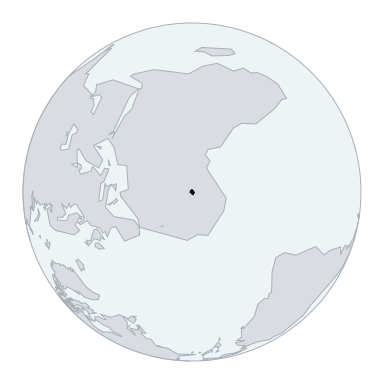 the Earth from above Soum, rotated 246°
{"feature_id": "BFA-2806", "entity_name": "Soum", "entity_type": "Province", "adm_level": 1, "iso_a3": "BFA", "parent_name": "Burkina Faso", "parent_adm1": "", "projection": "orthographic", "projection_center": [-1.266, 14.274], "detail": "fine", "context": "on_globe", "style": "filled", "palette": "ink", "viewbox_px": 384, "rotation_deg": 246, "n_neighbors": 0, "source": "natural_earth", "source_scale": "10m", "svg_char_len": 9193}
<svg xmlns="http://www.w3.org/2000/svg" viewBox="0 0 384 384"><g transform="rotate(246 192 192)"><circle cx="192" cy="192" r="169" fill="#eef3f6" stroke="#a8b0b8"/><path d="M148.4,28.8L146.8,29.3L130.1,36.0L133.2,35.1L128.8,37.8L130.7,37.9L127.0,39.6L131.7,38.3L134.7,36.8L137.8,35.8L139.2,35.9L134.7,37.9L133.4,38.1L132.8,38.8L130.0,39.9L132.2,39.4L126.7,42.2L134.2,39.7L131.5,42.1L127.3,43.9L125.1,43.4L109.9,47.9L105.0,50.4L100.2,54.1L96.6,61.3L92.3,64.7L88.2,69.5L91.8,67.5L96.2,63.2L101.9,61.2L106.6,56.7L109.6,55.4L115.6,51.4L117.4,52.6L116.0,56.1L111.2,59.7L110.5,61.6L117.3,59.0L110.5,67.1L109.7,75.2L107.7,77.6L99.6,79.9L93.9,77.4L83.5,82.4L93.0,80.0L87.7,86.7L88.0,88.4L89.9,88.8L93.0,86.8L91.7,89.5L81.8,92.4L82.8,89.9L85.9,88.9L83.2,88.0L76.5,90.9L74.4,94.5L66.5,96.6L64.9,99.4L62.2,101.7L65.4,96.9L59.6,105.9L50.0,112.7L41.9,129.4L46.9,115.0L46.8,112.2L46.0,110.8L44.5,113.4L45.4,109.2L42.8,112.8L38.5,121.4L44.1,110.4L50.4,99.8L57.6,89.7L65.4,80.1L73.9,71.1L83.1,62.8L92.8,55.2L103.1,48.3L113.9,42.2L125.0,36.9L136.6,32.4L148.4,28.8ZM34.1,131.8L32.6,136.0L32.1,138.9L34.3,134.0L35.3,134.7L29.6,148.8L30.5,154.4L27.6,165.8L27.2,172.9L28.9,173.0L30.2,177.7L32.9,172.0L36.5,170.3L34.8,180.0L38.1,172.3L39.2,178.1L47.3,181.6L46.3,183.5L52.9,198.2L62.8,206.7L65.1,214.5L63.7,218.5L67.7,220.9L67.8,223.8L86.5,232.7L98.0,242.0L99.0,251.8L92.0,261.2L91.9,282.9L81.0,287.0L82.5,295.2L81.3,305.4L74.2,302.1L80.6,309.2L80.2,311.7L76.8,310.4L80.0,314.5L77.6,313.4L81.9,317.1L83.9,320.7L90.0,325.8L92.9,328.7L97.1,331.6L96.1,331.0L96.5,331.4L98.2,332.5L83.3,321.3L81.8,320.0L80.3,318.8L73.7,312.2L74.2,313.0L63.7,301.0L57.8,291.7L43.6,261.5L40.3,254.3L34.3,244.0L26.6,216.7L26.6,207.9L25.8,202.5L28.5,191.2L29.2,177.6L28.6,174.9L27.1,178.9L26.4,167.8L27.9,157.0L30.0,144.1L34.1,131.8ZM39.3,134.8L40.5,146.7L37.5,145.5L38.5,144.5L38.7,140.1L38.2,135.3L36.2,135.2L39.3,134.8ZM45.0,127.4L44.6,126.1L45.4,126.7L45.0,127.4ZM114.2,51.1L114.8,51.3L113.4,51.9L114.2,51.1ZM116.1,49.3L113.9,50.0L114.5,49.3L115.8,48.9L116.1,49.3ZM118.6,48.7L115.8,47.9L116.9,46.7L122.9,44.3L118.6,48.7ZM135.0,36.3L131.9,37.9L133.2,36.6L135.0,36.3ZM135.1,35.7L134.7,33.9L140.0,31.9L139.1,32.7L144.9,30.5L147.7,30.3L145.1,31.5L141.1,32.8L145.2,31.9L135.1,35.7ZM139.1,35.3L138.5,35.0L143.1,33.2L145.0,33.5L142.9,34.0L139.1,35.3ZM145.0,30.1L148.8,29.0L152.0,28.5L153.9,28.1L148.2,30.2L145.0,30.1ZM142.6,34.4L145.9,33.9L145.0,34.9L139.9,35.6L142.6,34.4ZM143.4,32.6L145.7,31.8L145.1,32.3L143.4,32.6ZM143.8,38.7L143.0,38.0L145.3,37.0L143.8,38.7ZM147.2,33.6L147.5,33.3L148.3,32.8L150.2,32.7L147.2,33.6ZM150.9,29.8L151.5,30.0L153.4,28.9L156.0,28.8L151.6,30.3L154.6,29.6L155.4,29.6L151.0,30.9L150.9,29.8ZM154.6,31.5L150.0,33.8L151.0,35.1L148.9,36.0L147.8,33.7L154.6,31.5ZM152.9,31.0L153.5,31.4L150.7,32.1L148.5,32.3L152.9,31.0ZM159.2,28.3L156.4,28.1L157.5,27.8L159.2,28.3ZM155.5,31.7L156.5,31.1L155.9,31.7L155.5,31.7ZM158.7,29.1L157.6,29.0L158.8,28.6L158.7,29.1ZM159.7,30.3L158.2,31.0L156.6,31.0L159.7,30.3ZM159.7,29.6L161.6,29.2L157.0,30.6L159.0,29.6L159.7,29.6ZM160.0,28.8L160.4,28.6L160.3,28.9L160.0,28.8ZM166.3,30.0L160.9,31.8L157.5,31.8L163.2,30.0L166.3,30.0ZM98.8,332.9L97.4,331.9L104.4,336.3L104.2,336.4L101.3,334.6L98.8,332.9ZM101.7,333.7L102.7,333.6L104.4,334.5L104.1,334.9L101.7,333.7ZM225.2,26.3L224.5,26.2L222.9,25.9L221.1,25.6L225.2,26.3ZM351.1,135.0L347.6,126.8L349.1,133.2L352.7,153.0L356.2,168.9L356.1,177.3L348.7,157.4L343.2,143.1L341.9,145.8L333.1,136.0L322.0,140.4L319.2,137.1L317.4,139.8L311.0,137.7L306.2,132.2L302.9,133.7L315.4,148.2L318.7,146.7L319.8,139.2L322.8,144.8L328.8,148.5L326.6,165.4L308.1,185.0L304.2,173.5L279.4,144.8L279.0,141.0L278.8,140.6L278.4,139.9L278.2,146.2L273.3,140.6L288.7,161.0L292.2,170.5L307.8,185.8L306.9,188.0L311.3,190.8L322.9,182.8L323.4,186.8L319.2,207.2L301.3,236.9L302.5,253.1L299.3,267.5L285.6,279.1L284.2,289.4L276.8,294.2L274.6,300.1L267.2,307.1L255.7,314.2L239.0,316.4L240.0,311.4L234.7,302.1L228.2,277.9L234.5,265.5L233.8,256.3L221.5,236.2L224.4,224.0L220.6,219.3L213.0,221.0L208.4,215.3L203.6,215.5L172.3,220.8L161.6,213.1L146.0,189.0L150.8,179.4L149.6,168.2L180.9,130.0L189.8,131.7L217.1,125.2L220.9,126.2L220.3,134.9L242.8,143.2L247.0,135.5L264.9,138.9L275.2,137.0L274.4,120.8L257.5,123.5L252.1,116.5L263.6,107.8L278.0,106.3L276.3,103.6L265.1,98.9L266.3,93.3L261.0,96.9L264.8,99.3L261.5,101.9L257.9,99.9L258.5,97.8L253.6,97.3L252.2,108.1L255.8,111.6L244.2,115.3L249.2,121.8L246.8,125.5L237.5,115.9L236.8,112.1L221.3,102.9L221.1,107.1L235.6,116.3L232.0,115.9L231.7,122.6L229.1,117.2L213.3,106.8L201.4,110.5L189.9,127.6L182.2,129.5L174.0,126.8L174.5,110.4L191.7,108.2L192.1,103.1L185.5,96.5L191.3,96.6L190.7,93.9L196.9,93.0L202.6,86.0L208.4,84.8L207.6,76.8L210.5,75.3L210.1,80.3L213.0,83.4L227.1,81.5L229.0,79.5L227.3,74.7L231.4,75.1L228.0,70.8L234.7,68.1L223.7,68.0L221.5,63.2L223.9,59.1L221.2,57.7L217.3,64.5L217.6,67.3L220.9,69.6L219.8,78.3L215.6,80.2L209.3,71.7L202.6,73.8L200.7,66.9L212.4,51.8L218.8,48.7L235.6,52.6L235.9,55.5L229.9,55.3L238.1,59.4L236.2,57.1L239.6,57.7L238.3,54.0L240.6,54.2L235.4,50.4L238.2,50.3L241.4,52.8L241.9,47.9L246.8,47.3L245.8,46.1L243.3,45.1L251.2,45.5L250.1,44.6L247.1,44.1L242.9,42.2L238.7,39.3L241.6,39.6L243.5,40.7L252.0,43.7L256.7,47.1L257.5,46.9L254.1,44.2L243.8,40.3L240.4,38.5L245.3,39.9L243.3,39.3L242.5,38.5L244.5,38.1L239.1,36.6L226.7,29.6L229.3,28.9L235.1,30.5L229.5,27.7L233.0,28.1L230.2,27.5L226.5,26.6L238.4,29.5L250.2,33.4L261.6,38.0L272.6,43.5L283.2,49.8L293.3,56.8L302.9,64.5L311.9,73.0L320.3,82.0L327.9,91.7L334.9,101.8L341.1,112.5L346.5,123.6L351.1,135.0ZM172.9,149.2L172.7,152.6L172.9,149.2ZM295.3,113.1L302.5,111.9L295.6,103.3L297.8,102.3L294.6,99.9L295.1,102.7L286.8,96.2L288.6,92.8L285.8,89.2L283.3,89.4L281.3,96.9L293.1,105.9L293.0,110.2L295.3,113.1ZM47.7,181.6L48.4,184.0L47.0,183.4L47.7,181.6ZM35.9,149.1L36.7,150.1L36.7,152.0L35.9,151.9L35.9,149.1ZM45.8,156.2L47.4,157.9L45.3,157.7L45.8,156.2ZM41.0,148.4L44.5,155.1L40.5,156.0L38.5,151.9L40.6,152.4L41.0,148.4ZM42.2,132.3L42.5,133.5L41.6,135.1L42.2,132.3ZM45.6,127.9L45.3,127.8L45.7,126.2L45.6,127.9ZM88.3,86.5L89.0,86.4L90.4,87.4L88.7,88.0L88.3,86.5ZM103.2,86.1L100.9,90.6L101.3,87.7L98.4,89.2L95.8,85.2L106.5,78.6L102.1,82.1L103.2,86.1ZM95.2,78.8L95.7,81.6L94.8,78.9L95.2,78.8ZM181.4,81.3L184.5,82.7L183.6,85.9L176.2,88.7L177.4,84.0L181.4,81.3ZM189.1,84.0L184.9,75.5L189.3,73.9L187.6,76.1L190.9,75.9L188.9,79.6L197.3,86.9L197.0,90.3L183.5,92.9L188.1,89.9L184.7,88.6L189.1,84.0ZM166.4,61.2L164.7,58.7L176.5,58.1L176.8,60.6L169.5,63.2L164.8,61.9L166.4,61.2ZM129.7,45.2L128.3,45.2L129.5,44.5L131.7,44.0L129.7,45.2ZM143.3,38.5L137.3,45.0L135.3,45.2L134.2,49.5L128.6,51.7L129.5,48.7L124.3,53.9L122.9,52.2L120.0,55.8L122.7,49.0L121.2,48.1L125.0,48.2L130.2,46.1L132.0,44.9L136.0,41.0L135.4,38.4L140.5,36.3L144.2,35.6L145.1,35.9L141.5,37.0L145.3,36.6L140.8,38.6L143.3,38.5ZM184.8,34.5L180.3,34.6L187.1,36.3L182.7,37.4L183.8,37.5L181.6,39.1L180.7,41.4L178.4,41.7L179.1,42.5L177.6,43.8L177.8,45.1L173.6,46.2L173.4,48.0L171.5,47.6L172.4,50.4L169.9,48.9L167.8,50.7L171.3,51.2L148.3,56.6L140.6,60.8L135.5,65.5L131.8,62.8L134.2,57.1L139.9,50.8L147.8,47.5L144.7,47.2L147.6,45.6L148.9,46.5L148.7,44.2L151.4,43.2L156.4,39.1L154.5,37.0L156.3,35.6L158.4,36.0L158.7,34.5L163.9,34.4L165.4,33.5L171.9,32.8L175.2,34.4L176.5,33.4L181.6,33.1L184.8,34.5ZM168.2,29.9L173.1,30.9L173.1,32.2L161.7,33.0L159.7,33.8L152.3,34.8L152.5,33.1L154.6,32.9L156.6,32.4L155.8,33.1L158.0,32.1L160.9,31.9L163.5,31.2L164.4,31.6L168.2,29.9ZM223.8,122.7L226.5,122.8L230.3,122.0L230.2,126.4L223.8,122.7ZM212.9,115.7L215.1,114.9L216.8,120.3L214.1,120.4L212.9,115.7ZM214.8,110.2L215.1,114.5L213.3,112.3L214.8,110.2ZM212.0,79.5L214.2,78.6L215.0,79.7L214.5,81.6L212.0,79.5ZM204.2,41.6L201.6,41.0L201.9,40.5L198.2,38.2L201.1,37.6L204.5,38.6L204.2,41.6ZM272.4,123.9L270.3,127.4L268.3,126.3L269.5,125.3L272.4,123.9ZM249.9,127.1L255.8,128.4L249.8,128.3L249.9,127.1ZM206.8,40.5L204.9,39.5L207.6,39.8L206.8,40.5ZM203.1,37.0L206.0,37.0L201.1,37.2L203.1,37.0ZM297.1,324.2L295.6,325.4L294.5,326.2L297.1,324.2ZM320.0,259.9L306.5,286.1L300.9,287.7L301.8,281.0L308.1,265.7L315.3,259.7L319.4,252.1L320.0,259.9ZM356.6,170.2L358.6,178.6L358.2,181.0L356.6,170.2ZM229.6,36.4L231.5,40.0L234.8,42.9L239.7,44.6L233.5,44.0L228.4,39.6L229.6,36.4ZM226.7,30.3L222.4,29.3L223.7,29.1L224.9,29.3L226.7,30.3ZM224.5,30.1L220.3,30.3L217.5,29.4L221.4,29.4L224.5,30.1ZM213.7,34.5L214.1,35.5L211.9,35.2L213.7,34.5ZM222.3,25.8L220.1,25.4L222.3,25.8ZM213.7,24.5L215.3,24.7L212.4,24.3L213.7,24.5ZM219.0,25.5L215.3,24.8L220.6,25.7L219.0,25.5Z" fill="#d9dde1" stroke="#a8b0b8" stroke-width="1"/><path d="M190.4,191.4L190.6,191.4L190.8,191.3L191.8,190.7L192.4,190.5L192.5,190.5L192.6,190.4L192.7,190.5L192.9,190.6L193.0,190.8L193.3,191.1L193.4,191.3L193.6,191.6L193.7,191.8L193.8,191.8L193.8,192.2L193.9,192.3L194.0,192.4L194.0,192.5L194.0,192.8L193.9,192.9L193.7,192.9L193.6,193.0L193.2,193.2L192.8,193.3L192.6,193.4L192.3,193.5L192.2,193.5L191.9,193.6L191.7,193.5L191.4,193.4L191.3,193.2L191.2,193.1L190.9,193.2L190.8,193.3L190.6,193.6L190.4,193.4L190.3,193.1L190.3,192.9L190.1,192.7L189.9,192.5L189.7,192.3L189.8,192.3L189.8,192.2L189.9,191.5L189.9,191.4L190.0,191.4L190.4,191.4Z" fill="#0f172a" stroke="#020617" stroke-width="1.5"/></g></svg>